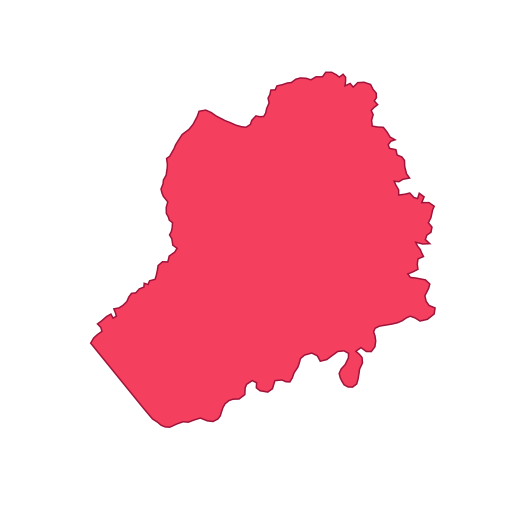 Pinhal Grande, Rio Grande do Sul, Brazil, rotated 71°
{"feature_id": "56859067B41632636644802", "entity_name": "Pinhal Grande", "entity_type": "district", "adm_level": 2, "iso_a3": "BRA", "parent_name": "Brazil", "parent_adm1": "Rio Grande do Sul", "projection": "albers", "projection_center": [-53.335, -29.303], "detail": "fine", "context": "isolated", "style": "filled", "palette": "rose", "viewbox_px": 512, "rotation_deg": 71, "n_neighbors": 0, "source": "geoboundaries", "source_scale": "gbopen_adm2", "svg_char_len": 3217}
<svg xmlns="http://www.w3.org/2000/svg" viewBox="0 0 512 512"><g transform="rotate(71 256 256)"><path d="M342.9,103.4L339.1,100.8L333.7,103.6L329.1,111.6L326.5,117.0L322.4,118.3L322.1,112.7L321.3,107.2L316.3,106.2L311.5,103.8L311.0,97.8L306.8,98.4L303.2,98.6L299.1,100.1L295.0,100.5L298.9,94.5L300.9,87.7L295.6,90.5L291.9,87.7L290.5,82.8L286.0,80.2L280.7,82.2L276.8,78.2L269.8,73.9L267.0,71.3L261.8,75.1L259.5,81.9L254.8,77.8L249.8,81.2L254.3,84.5L252.1,87.7L246.5,90.1L246.1,94.9L244.8,101.2L240.0,99.6L234.5,100.7L230.3,101.0L232.3,96.7L231.3,92.1L232.3,85.4L227.4,86.9L220.1,86.3L213.9,84.5L209.9,85.8L206.4,89.7L201.0,89.1L197.7,94.7L193.9,94.8L191.4,91.2L191.4,86.7L187.2,90.5L181.6,91.7L175.8,93.7L173.6,99.1L171.0,103.8L165.3,102.5L160.5,99.2L155.9,99.7L154.1,96.3L152.5,91.7L147.9,93.7L145.5,90.6L141.3,89.3L136.5,91.1L131.1,91.8L126.9,97.3L125.2,103.4L128.0,109.1L123.5,110.8L124.1,116.4L119.7,114.3L116.2,113.1L112.5,114.5L114.0,119.0L110.6,121.2L106.9,124.7L105.0,130.3L108.2,134.8L106.1,140.9L107.3,146.7L104.4,150.6L102.1,156.0L101.8,160.8L103.5,166.1L102.6,170.2L102.6,175.2L102.0,180.8L105.2,183.8L103.9,187.9L107.9,190.3L110.6,193.2L115.6,193.8L120.0,197.9L124.0,200.3L126.6,203.3L125.5,207.2L123.5,210.5L126.4,215.9L129.8,218.5L131.0,223.6L129.1,227.6L125.7,232.5L121.9,236.5L117.9,241.2L110.8,248.0L105.8,251.6L101.7,256.0L100.6,262.7L104.9,266.1L108.0,269.4L111.0,272.6L114.4,278.0L117.1,286.3L122.0,292.5L124.7,295.8L127.7,298.4L133.6,305.1L134.7,308.8L140.3,309.9L143.7,311.2L150.4,314.7L154.0,318.8L157.7,320.5L161.7,324.0L165.5,324.4L169.4,324.2L176.1,321.8L180.9,325.1L186.6,326.9L190.3,326.2L193.9,326.3L197.3,324.1L202.1,326.1L205.3,328.1L207.9,330.9L212.3,330.0L218.7,331.1L223.0,328.1L225.9,331.6L227.8,338.1L232.9,341.3L231.0,346.3L233.2,351.7L237.4,353.9L241.7,356.5L245.2,359.0L244.8,364.7L247.8,367.4L245.4,370.6L248.9,372.1L249.1,377.0L251.7,381.6L250.8,385.9L253.5,389.8L257.0,392.9L259.4,398.0L260.5,402.7L259.7,407.6L263.5,407.4L267.4,407.6L268.2,411.4L263.7,412.1L264.6,417.1L267.2,423.4L268.6,428.0L272.9,426.0L277.1,426.2L278.7,431.6L280.7,436.2L284.6,440.7L362.9,412.1L376.4,406.9L381.2,403.1L385.0,400.9L388.0,397.6L389.8,393.2L389.0,385.1L389.0,378.8L391.1,374.1L390.9,368.2L391.1,361.4L396.0,355.7L398.5,350.5L397.7,345.1L395.5,341.8L392.4,339.6L388.3,336.4L385.6,333.3L383.9,328.7L383.9,324.4L385.7,318.5L383.4,311.7L377.2,309.2L374.3,306.7L372.6,300.1L376.1,296.7L380.7,298.6L384.7,296.1L388.5,289.2L386.9,283.7L380.0,278.7L381.7,271.8L384.6,268.7L386.1,265.0L383.1,261.4L378.7,257.9L374.8,252.7L371.8,250.3L367.4,247.3L365.5,242.4L365.9,234.9L370.3,230.5L376.4,229.5L377.0,222.8L375.1,217.0L372.9,209.8L374.3,203.7L378.2,200.2L382.4,201.8L387.7,207.0L390.5,212.2L394.1,215.6L398.6,216.0L402.6,215.5L406.5,214.6L409.8,211.6L411.4,207.4L409.8,202.5L405.8,199.7L400.1,196.6L396.7,194.9L391.7,190.1L386.5,188.8L382.6,190.3L378.6,192.6L376.8,186.6L382.2,182.8L383.9,178.1L380.5,173.1L375.4,170.5L370.3,169.5L366.0,169.5L363.1,166.9L362.5,162.1L364.6,149.7L365.2,143.9L364.8,138.8L363.5,134.2L363.1,129.8L366.4,125.7L370.9,122.1L371.7,114.5L368.8,106.4L363.4,103.6L359.2,108.4L354.4,109.9L348.6,109.3L342.9,103.4Z" fill="#f43f5e" stroke="#9f1239" stroke-width="1.5"/></g></svg>